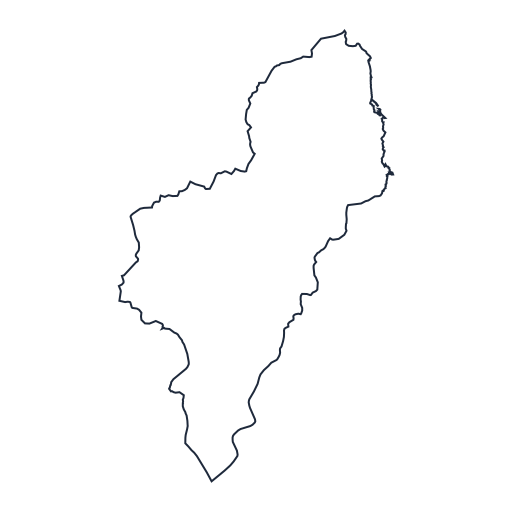 outline of Hörgársveit, Norðurland eystra, Iceland
{"feature_id": "244011B22444435927366", "entity_name": "Hörgársveit", "entity_type": "district", "adm_level": 2, "iso_a3": "ISL", "parent_name": "Iceland", "parent_adm1": "Norðurland eystra", "projection": "orthographic", "projection_center": [-18.391, 65.624], "detail": "fine", "context": "isolated", "style": "outline", "palette": "slate", "viewbox_px": 512, "rotation_deg": 0, "n_neighbors": 0, "source": "geoboundaries", "source_scale": "gbopen_adm2", "svg_char_len": 6029}
<svg xmlns="http://www.w3.org/2000/svg" viewBox="0 0 512 512"><path d="M119.4,300.8L125.1,302.1L127.8,301.7L129.9,302.0L130.4,302.6L131.7,307.2L132.3,307.9L137.0,308.6L139.1,309.8L141.4,312.7L141.0,316.5L141.4,319.8L145.0,323.4L149.4,323.6L155.8,321.0L162.2,323.9L162.9,325.2L162.8,326.4L162.5,326.9L162.8,327.6L162.1,328.7L164.1,327.9L165.0,328.6L169.5,329.0L174.3,332.6L176.5,333.5L177.9,334.6L179.5,337.2L181.2,339.3L182.0,340.3L182.4,341.9L184.1,344.5L187.3,353.9L188.7,361.8L188.8,363.4L188.7,364.4L187.4,367.1L186.0,368.8L173.4,379.2L171.2,382.2L171.0,384.0L170.5,384.9L170.6,385.4L170.1,386.0L169.8,387.8L169.2,388.3L169.1,388.8L171.0,391.4L172.0,391.2L173.7,392.2L175.6,392.7L179.5,392.2L183.8,395.2L183.5,397.9L182.8,399.8L183.1,401.3L182.8,403.2L183.0,403.6L182.8,404.1L182.8,406.3L183.8,409.4L185.4,412.3L185.6,413.4L186.6,415.5L187.4,420.9L187.6,424.8L187.7,426.0L187.1,429.2L185.7,434.9L185.4,437.7L185.3,443.3L188.4,446.5L191.5,450.2L194.2,452.7L196.9,456.1L206.8,472.4L211.6,481.3L224.5,470.7L230.3,465.4L233.7,461.4L237.4,456.0L237.6,454.5L236.9,450.6L232.8,441.9L232.6,439.5L232.6,437.4L233.0,435.9L234.0,434.4L238.1,430.5L240.6,429.0L250.4,426.0L252.6,424.7L254.8,422.5L255.3,421.3L255.0,419.3L250.0,407.9L249.3,405.6L248.7,402.4L248.9,400.7L249.3,399.3L253.9,391.5L257.6,383.9L259.3,377.4L260.5,374.4L263.9,370.1L268.3,366.1L271.3,362.7L276.5,360.0L277.3,359.2L278.8,356.6L279.6,354.9L280.1,352.7L279.9,349.9L280.1,348.4L281.5,346.5L283.1,341.1L283.9,337.0L284.1,332.9L284.0,330.5L284.4,328.9L285.4,328.0L288.4,326.6L288.1,323.9L288.3,323.5L289.4,322.2L293.4,319.8L293.6,318.2L293.3,316.7L293.5,315.8L294.1,315.1L295.4,314.3L298.3,313.7L300.7,314.2L301.2,313.4L302.2,310.6L302.2,307.9L300.7,304.2L300.9,301.4L300.6,299.7L300.7,296.6L301.2,295.1L302.1,293.9L306.9,294.0L310.2,295.1L310.9,295.0L312.7,292.6L315.9,291.1L317.3,289.6L317.8,282.3L315.9,277.5L314.4,275.4L313.6,267.9L313.6,265.8L314.1,264.5L316.2,262.0L315.2,260.7L314.8,259.5L314.5,257.7L314.8,256.7L317.5,253.0L318.9,252.4L321.2,250.3L323.3,249.2L324.4,248.2L325.6,246.7L328.1,241.1L330.1,238.3L332.2,239.6L333.4,239.7L338.7,238.9L344.3,234.8L346.5,230.8L345.8,228.7L345.8,227.1L346.0,223.9L346.4,223.3L346.7,219.3L346.3,214.8L346.3,212.6L346.9,208.1L347.2,206.9L348.1,205.1L361.1,203.5L365.5,201.2L368.3,200.5L374.8,196.4L379.0,196.1L380.5,195.5L382.0,193.4L382.4,191.2L383.0,191.1L382.8,190.7L383.2,190.4L383.8,190.4L384.0,189.5L384.8,188.5L385.6,188.2L385.4,187.0L385.7,186.4L385.6,185.3L385.8,185.4L385.8,184.6L386.4,183.7L386.5,183.3L386.3,183.2L386.5,182.3L386.4,181.3L386.9,180.0L386.8,179.7L387.3,177.9L387.2,176.8L387.0,176.5L387.3,176.3L387.0,175.7L387.5,175.8L387.6,174.8L387.8,174.6L387.4,174.4L388.4,173.6L389.1,174.0L389.5,173.6L389.4,173.3L391.6,174.6L393.1,174.5L392.4,172.6L391.1,172.2L389.5,170.9L389.8,169.9L389.2,168.8L389.3,168.1L388.4,167.8L388.5,167.2L388.0,166.6L386.5,166.3L385.5,164.3L385.1,165.1L385.2,166.1L384.6,166.6L383.4,164.1L382.6,163.5L381.8,161.8L382.1,160.5L381.7,158.5L383.5,156.0L383.6,154.4L383.5,154.2L384.7,151.1L384.5,150.5L383.7,150.6L382.7,149.2L383.1,147.7L383.6,147.2L382.8,146.1L383.0,145.5L382.4,143.4L383.4,141.7L381.7,139.5L381.4,138.5L382.4,137.2L383.6,136.3L385.4,132.4L383.7,130.9L382.8,129.3L382.8,128.6L383.2,128.0L383.0,126.3L383.6,124.4L383.2,123.2L383.5,122.4L382.9,122.4L382.1,121.2L382.2,119.1L381.8,118.8L383.3,117.4L384.6,118.1L385.3,118.0L381.5,114.4L380.4,112.7L380.0,110.5L380.4,109.8L379.7,109.0L378.7,108.9L379.2,109.3L379.2,110.0L379.6,110.9L380.0,112.9L378.5,112.0L379.9,115.3L379.5,115.3L378.5,113.7L377.7,113.8L377.3,112.9L374.4,112.2L374.1,111.7L374.5,110.2L373.9,109.6L373.6,107.2L373.8,106.1L372.3,105.5L372.2,104.6L370.2,103.5L370.2,102.8L371.2,100.7L371.2,99.8L371.4,99.4L375.8,103.1L376.2,104.0L376.4,103.8L377.0,104.6L377.1,105.3L378.4,106.3L376.1,103.0L372.1,99.8L371.5,98.9L372.0,97.0L371.7,95.2L371.8,94.7L371.4,93.2L371.6,92.5L371.3,91.2L371.3,89.9L370.8,86.8L371.0,84.8L370.7,83.8L370.8,82.2L370.6,80.8L371.2,78.4L370.7,79.0L370.7,77.2L371.3,77.1L371.5,77.9L371.6,77.4L371.2,76.9L370.8,76.9L371.0,76.1L370.4,73.5L370.7,71.4L370.6,70.1L369.9,66.3L368.4,61.7L368.5,61.2L368.9,61.0L368.9,60.8L368.4,61.0L368.3,60.6L368.8,60.5L368.5,60.3L368.9,59.7L369.7,58.9L369.7,59.3L370.8,58.0L370.0,56.3L366.6,53.3L366.2,51.9L365.8,51.4L362.1,49.0L359.9,45.7L359.6,44.6L358.3,43.6L357.1,43.7L355.7,45.8L352.9,46.2L348.7,45.8L346.2,44.2L346.0,43.7L345.7,41.9L346.2,40.8L346.1,40.3L346.3,39.6L346.3,38.8L345.3,37.1L344.9,35.2L345.6,34.1L345.7,32.5L344.5,30.7L343.3,32.2L341.5,33.5L334.9,36.0L321.0,38.7L311.4,50.1L312.0,53.5L311.6,56.7L309.5,57.1L303.2,56.6L300.8,58.2L296.4,59.3L290.5,61.7L282.0,63.2L280.4,63.8L279.2,65.1L276.9,65.5L276.0,66.3L274.6,66.8L271.6,70.7L265.4,82.1L264.0,82.7L259.1,82.9L259.0,84.0L258.4,85.5L256.9,87.1L257.3,89.1L257.1,90.3L256.3,91.5L252.5,93.2L251.7,95.8L250.2,97.6L249.0,98.5L248.8,99.1L248.9,100.4L250.3,103.5L248.6,107.8L246.8,109.9L246.1,114.1L245.6,119.5L246.3,122.0L247.2,123.6L247.7,124.3L249.3,125.1L251.0,127.4L247.6,131.2L249.1,136.2L249.3,138.0L250.6,141.9L250.2,143.1L250.1,144.7L250.4,146.3L253.0,152.4L254.7,153.8L251.1,160.3L248.5,163.9L246.9,168.2L246.2,171.2L244.7,171.6L240.7,171.0L235.3,168.7L234.0,171.0L231.4,174.0L226.4,171.6L224.8,171.3L220.8,173.3L218.6,173.0L217.4,173.5L216.0,175.1L213.6,181.5L209.8,188.8L205.9,189.0L205.1,188.4L204.2,186.6L195.4,184.2L190.3,181.6L187.0,188.3L184.7,190.0L181.9,191.2L179.3,191.3L178.3,194.5L177.4,195.9L172.7,196.1L168.6,195.2L164.9,196.9L160.7,195.6L160.1,197.6L159.8,200.3L159.3,201.2L158.7,201.8L156.2,201.7L154.0,202.6L152.2,206.0L152.0,207.5L144.0,207.9L140.2,208.7L132.8,213.8L131.3,215.2L130.6,216.3L130.6,216.9L133.1,225.0L134.5,230.8L135.1,234.5L135.8,236.8L136.8,239.2L138.8,242.6L139.1,247.4L138.7,250.4L136.3,253.7L135.8,254.9L135.8,255.7L135.9,256.3L138.0,258.7L138.1,259.6L137.6,261.3L135.9,262.4L124.0,275.3L121.9,275.9L123.5,280.8L123.6,281.9L123.5,282.7L121.9,284.5L118.9,286.0L120.6,290.2L120.8,291.4L119.4,300.8Z" fill="none" stroke="#1e293b" stroke-width="2"/></svg>